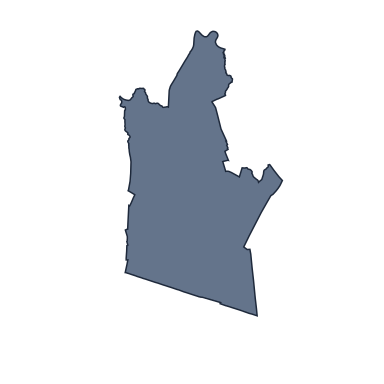 Vi Thuy, Hau Giang, Vietnam, rotated 152°
{"feature_id": "81297802B65836895267297", "entity_name": "Vi Thuy", "entity_type": "district", "adm_level": 2, "iso_a3": "VNM", "parent_name": "Vietnam", "parent_adm1": "Hau Giang", "projection": "robinson", "projection_center": [105.508, 9.801], "detail": "fine", "context": "isolated", "style": "filled", "palette": "slate", "viewbox_px": 384, "rotation_deg": 152, "n_neighbors": 0, "source": "geoboundaries", "source_scale": "gbopen_adm2", "svg_char_len": 5992}
<svg xmlns="http://www.w3.org/2000/svg" viewBox="0 0 384 384"><g transform="rotate(152 192 192)"><path d="M192.6,52.1L189.8,58.9L185.8,69.1L179.3,84.8L174.6,96.7L169.3,109.5L167.8,114.2L170.3,115.3L172.1,119.2L161.9,126.6L151.2,134.0L140.5,141.4L129.8,148.2L124.0,151.8L121.7,151.9L117.2,153.5L114.3,154.8L111.5,156.3L110.2,157.2L106.8,159.7L108.1,164.7L109.5,172.6L110.3,178.4L110.5,179.6L110.6,179.8L112.1,180.1L112.6,178.8L113.0,178.4L113.8,178.2L114.6,178.1L115.6,177.6L117.8,177.4L118.3,177.2L119.0,176.5L120.0,175.0L120.2,174.6L120.9,173.8L124.6,170.2L126.9,169.8L128.7,169.3L128.4,170.3L128.4,171.3L128.6,172.1L129.1,172.7L129.2,172.9L129.4,173.7L130.0,175.0L130.6,176.6L130.6,177.4L130.4,178.8L130.3,179.3L130.3,179.6L130.4,180.2L130.4,180.5L130.2,180.7L129.8,181.0L129.4,181.7L129.6,183.2L129.9,184.0L130.2,184.6L130.8,185.1L131.7,185.9L131.9,186.4L131.9,187.2L132.2,187.7L132.7,188.0L133.7,188.2L134.7,188.7L136.4,189.8L143.1,183.1L148.0,190.6L149.8,192.9L151.1,193.8L152.6,194.4L152.4,195.1L152.0,197.2L151.1,201.7L150.6,204.1L150.6,204.4L149.8,204.3L148.3,203.9L145.4,203.2L145.2,203.1L145.0,202.9L144.2,210.4L143.8,212.5L140.2,212.7L140.2,214.0L139.6,214.1L139.4,217.0L138.4,217.2L138.2,221.0L137.6,220.8L136.8,234.0L133.4,247.7L131.6,255.3L131.6,255.8L131.7,257.6L132.1,262.2L131.7,262.4L126.0,262.2L125.6,262.0L117.4,261.5L117.0,261.6L116.9,262.0L117.0,262.8L117.0,263.2L116.8,263.4L116.0,263.8L115.7,264.3L115.2,265.2L115.0,265.3L114.7,265.5L114.2,265.6L112.8,266.3L112.0,266.9L110.8,267.5L110.2,267.9L109.9,268.4L109.5,269.2L109.3,269.5L108.9,269.8L107.7,270.1L106.7,270.2L106.4,270.5L106.0,270.6L105.4,270.2L105.1,270.2L104.2,271.4L103.5,272.3L103.2,272.9L103.2,273.2L103.7,274.3L103.7,274.6L103.3,275.7L103.3,276.3L104.2,277.4L105.3,277.8L106.1,278.7L106.1,279.1L105.9,280.1L105.9,281.0L106.1,281.2L106.2,281.3L106.2,281.5L105.8,281.8L105.5,282.2L105.4,282.9L105.1,283.6L105.1,285.7L104.8,286.4L104.5,286.6L104.5,286.9L104.4,287.5L103.6,288.8L103.0,289.0L102.8,289.3L102.7,289.6L102.9,289.8L102.6,290.2L102.3,290.9L101.9,291.1L101.8,291.8L101.3,292.0L101.1,292.2L100.7,293.7L100.5,294.0L100.4,294.2L99.8,294.4L99.8,294.6L100.5,295.0L100.7,295.3L100.8,295.5L100.7,295.7L100.5,295.8L99.9,295.5L99.6,295.6L99.6,296.0L100.1,296.4L100.1,296.6L99.9,296.8L99.1,296.9L99.0,297.1L99.1,297.3L99.3,297.6L99.5,298.0L99.4,298.3L98.8,298.3L98.7,298.4L98.9,298.8L99.3,299.3L98.7,299.9L98.8,300.1L99.1,300.3L99.1,300.5L98.8,300.7L98.1,300.8L97.9,301.3L97.5,301.4L97.1,301.9L96.2,302.0L95.9,302.6L97.4,304.1L99.0,305.7L100.3,307.5L100.7,308.3L101.2,309.9L101.3,310.4L101.1,313.0L100.8,313.6L100.1,314.5L99.0,315.4L97.1,316.5L95.8,317.7L95.4,318.7L95.2,319.9L95.3,320.6L95.6,321.6L96.0,322.3L96.5,322.9L97.5,323.7L98.2,324.1L98.9,324.2L100.0,324.2L101.1,324.1L104.6,322.5L105.4,322.3L106.1,322.3L106.6,322.4L108.0,323.2L108.3,323.5L108.7,324.2L109.5,325.7L110.8,330.4L111.5,331.5L111.9,331.7L112.4,331.8L112.9,331.9L113.2,331.7L113.8,331.4L115.5,329.8L117.8,327.0L121.3,321.3L122.5,319.8L124.4,318.3L126.4,317.1L127.7,316.7L128.7,315.7L129.4,315.3L130.7,314.6L132.4,313.4L134.7,312.1L137.0,310.8L141.1,308.3L147.1,304.7L148.6,303.9L149.8,303.1L150.5,302.1L155.7,298.9L160.0,296.4L161.5,295.4L163.0,293.9L163.9,293.0L164.6,292.1L173.0,278.1L173.4,278.6L173.9,278.9L174.3,279.1L174.9,279.2L177.7,280.2L177.9,280.4L178.1,280.8L178.2,282.1L178.5,282.4L179.1,282.9L179.6,284.0L180.1,285.6L180.3,286.1L180.7,286.5L181.2,286.8L182.5,287.1L182.9,287.2L183.1,287.4L183.4,287.9L183.6,288.1L183.9,288.3L185.1,288.5L185.7,288.9L186.8,289.8L187.4,290.8L188.0,291.9L188.0,292.3L187.8,293.6L187.3,294.4L187.4,295.4L187.2,296.0L187.0,296.5L186.7,296.8L186.6,297.0L186.5,297.7L186.8,300.0L186.7,300.6L186.4,301.5L186.4,301.9L186.8,302.9L186.7,303.1L185.9,303.8L185.6,304.1L185.7,304.9L186.1,305.5L186.1,306.2L186.3,306.4L186.6,306.6L187.4,306.8L189.4,308.1L190.1,308.2L190.6,308.0L190.8,308.1L191.3,308.6L191.5,308.7L192.1,308.7L192.9,308.9L193.2,308.9L193.6,308.7L194.0,308.3L195.0,307.4L196.1,306.8L196.6,306.1L197.3,306.0L198.0,306.1L198.3,306.0L198.5,305.7L198.8,305.1L198.9,304.4L199.1,304.0L199.9,303.6L201.0,303.4L203.1,302.4L204.0,302.4L205.2,302.7L207.1,304.2L208.0,305.1L208.9,306.1L210.1,308.4L210.6,310.2L211.6,309.7L211.9,308.4L212.0,307.2L211.4,306.4L211.3,305.9L211.4,305.3L211.7,304.6L212.2,303.9L212.5,303.5L213.8,302.9L214.3,302.5L214.5,302.2L214.7,301.8L214.7,301.5L214.5,301.1L214.1,300.6L213.5,300.1L212.9,299.1L212.7,298.9L212.4,298.9L211.7,299.0L211.4,298.7L211.2,298.4L211.2,298.1L211.4,297.4L211.9,296.5L212.2,295.9L212.5,295.7L213.0,295.7L213.3,295.4L216.2,290.4L217.2,289.6L217.4,289.2L217.5,288.9L217.5,288.6L217.3,287.9L217.2,287.5L217.4,287.1L218.3,285.5L219.5,282.8L220.5,281.6L220.7,280.7L220.6,280.4L220.7,279.9L221.0,279.5L221.8,279.0L222.1,278.3L222.2,277.8L222.0,276.9L220.9,274.6L220.9,274.1L221.0,273.9L221.5,273.5L221.6,273.3L221.6,273.0L221.6,272.8L221.0,271.9L220.8,271.6L220.7,270.4L220.7,270.0L220.8,269.7L221.0,269.4L221.4,269.2L222.5,268.9L222.8,268.5L223.2,267.8L223.5,267.6L224.3,267.4L224.8,267.1L225.0,266.7L225.1,266.0L225.1,264.2L225.5,263.7L225.9,263.1L226.1,262.4L227.1,260.5L227.6,258.9L228.4,257.1L229.4,254.2L230.1,251.5L231.6,247.5L231.9,246.9L237.4,237.2L239.0,234.7L241.6,230.6L246.9,223.9L247.8,223.1L246.7,221.4L243.8,216.5L244.3,216.0L246.8,214.2L248.1,213.1L251.1,210.7L253.6,209.0L254.1,209.8L255.4,207.6L263.0,194.9L266.0,189.8L266.2,189.5L266.3,189.6L268.7,189.7L270.0,183.1L270.8,181.5L272.3,179.1L272.8,178.9L273.6,175.2L274.7,175.2L277.6,170.2L281.3,164.3L282.0,162.9L280.5,162.2L283.3,158.7L288.8,152.2L288.2,151.8L281.0,144.3L280.0,143.1L276.8,139.9L275.7,138.6L273.9,136.9L272.6,135.5L266.6,129.2L265.1,127.8L260.9,123.3L258.9,121.3L257.4,119.7L255.9,118.2L255.3,117.6L250.9,112.9L249.7,111.8L246.2,107.8L244.0,105.6L239.3,100.7L235.7,97.0L235.3,96.5L233.3,94.8L232.5,94.4L218.6,80.9L219.6,80.2L215.6,75.8L215.1,75.4L214.1,74.4L205.5,65.6L198.4,57.9L196.4,56.1L192.6,52.1Z" fill="#64748b" stroke="#1e293b" stroke-width="1.5"/></g></svg>